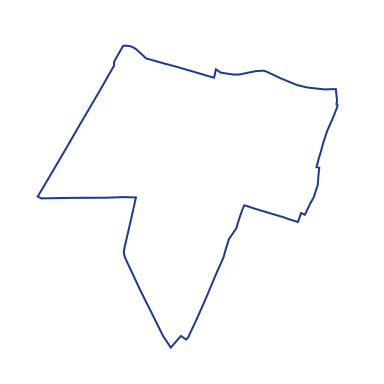 Gamaliyya, Al Qahirah, Egypt, rotated 174°
{"feature_id": "37247803B35159038955302", "entity_name": "Gamaliyya", "entity_type": "district", "adm_level": 2, "iso_a3": "EGY", "parent_name": "Egypt", "parent_adm1": "Al Qahirah", "projection": "robinson", "projection_center": [31.265, 30.053], "detail": "fine", "context": "isolated", "style": "outline", "palette": "blue", "viewbox_px": 384, "rotation_deg": 174, "n_neighbors": 0, "source": "geoboundaries", "source_scale": "gbopen_adm2", "svg_char_len": 1828}
<svg xmlns="http://www.w3.org/2000/svg" viewBox="0 0 384 384"><g transform="rotate(174 192 192)"><path d="M245.3,344.5L252.4,334.6L256.0,329.4L256.2,327.5L256.4,325.7L274.1,301.1L296.6,270.6L314.7,245.7L340.0,211.5L345.9,203.7L342.6,201.4L311.8,198.7L292.0,196.7L278.1,195.3L261.0,194.1L249.4,192.6L248.9,192.6L248.3,192.5L256.6,167.9L265.5,142.1L266.0,139.3L266.0,136.8L265.4,133.6L254.0,100.5L245.1,76.8L235.7,51.5L234.9,49.9L234.0,48.4L229.4,39.5L218.0,50.0L213.3,45.9L212.0,47.0L210.8,48.0L208.8,51.6L207.8,53.3L206.8,54.9L200.3,65.6L194.9,75.0L189.0,85.4L188.4,86.5L187.8,87.5L184.0,94.5L175.9,109.2L170.9,117.8L167.4,123.9L164.2,132.1L160.1,141.4L159.0,142.8L157.8,144.1L151.6,151.5L151.2,152.3L150.8,153.6L150.2,155.1L146.3,163.9L143.5,169.5L141.5,173.3L139.9,172.7L138.4,172.1L131.0,168.7L116.1,162.5L108.6,159.4L103.7,157.4L98.0,154.6L89.7,151.1L85.7,159.7L82.1,157.6L75.5,168.4L71.7,173.6L66.2,185.8L64.4,195.8L62.9,202.8L64.2,203.2L65.6,203.7L61.9,213.4L61.3,214.6L60.8,215.9L59.3,219.5L56.5,226.8L51.6,237.7L49.7,241.2L42.7,253.5L41.4,256.2L40.7,257.5L40.0,258.7L38.3,262.5L38.2,263.9L38.5,264.1L39.1,264.3L38.3,267.7L38.1,268.4L38.2,270.0L38.2,271.6L38.2,279.3L49.6,280.2L66.1,283.8L76.4,287.4L84.0,291.5L92.1,295.9L103.1,302.6L104.3,303.3L105.5,304.0L107.7,305.0L108.6,305.2L109.4,305.3L116.2,305.5L126.7,304.5L132.5,303.9L138.2,304.4L149.4,307.3L150.8,307.6L151.9,308.4L153.1,309.6L153.5,309.9L154.1,310.5L155.4,311.4L158.1,303.4L162.8,305.2L169.0,307.8L177.7,311.4L195.2,318.5L207.8,323.3L223.7,329.7L228.3,335.0L229.1,335.9L229.8,336.8L231.5,338.5L232.0,339.1L232.6,339.8L233.3,340.4L234.0,341.0L234.7,341.5L235.4,342.0L236.2,342.4L237.0,342.9L237.8,343.2L238.6,343.5L239.5,343.8L240.4,344.0L241.2,344.2L242.1,344.4L243.0,344.4L243.9,344.5L245.3,344.5Z" fill="none" stroke="#1e3a8a" stroke-width="2"/></g></svg>